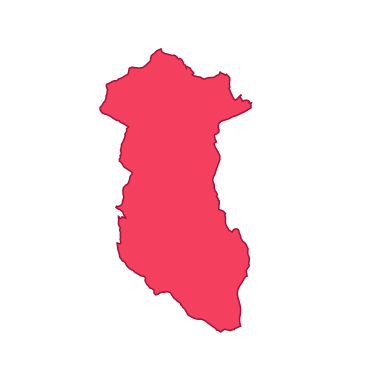 Leordina, Maramures, Romania (Natural Earth projection), rotated 62°
{"feature_id": "2599482B17965531619441", "entity_name": "Leordina", "entity_type": "district", "adm_level": 2, "iso_a3": "ROU", "parent_name": "Romania", "parent_adm1": "Maramures", "projection": "natural_earth1", "projection_center": [24.258, 47.775], "detail": "fine", "context": "isolated", "style": "filled", "palette": "rose", "viewbox_px": 384, "rotation_deg": 62, "n_neighbors": 0, "source": "geoboundaries", "source_scale": "gbopen_adm2", "svg_char_len": 6027}
<svg xmlns="http://www.w3.org/2000/svg" viewBox="0 0 384 384"><g transform="rotate(62 192 192)"><path d="M215.8,286.4L217.2,286.0L219.7,285.9L220.8,285.3L220.9,285.0L223.4,283.9L225.6,284.4L226.2,284.2L228.0,283.9L230.1,283.2L232.1,282.1L233.3,280.8L233.7,280.6L235.4,280.3L236.4,279.9L239.0,278.3L240.2,277.4L241.5,276.9L244.3,273.7L246.1,273.6L247.0,273.9L247.6,274.7L248.1,275.0L249.1,275.2L249.8,275.1L250.4,275.2L252.7,275.2L254.0,274.6L256.2,274.4L257.2,274.1L258.4,272.9L260.2,271.7L261.3,271.8L261.8,272.0L263.3,273.0L265.7,272.4L265.9,271.9L266.1,270.6L266.4,270.2L266.3,269.7L265.9,268.9L266.1,267.2L266.5,265.9L266.6,264.7L266.8,264.4L267.6,263.8L267.6,263.1L267.8,262.2L268.7,260.2L269.9,259.1L271.0,258.3L274.9,258.1L277.4,257.7L279.0,256.9L280.3,256.7L282.6,255.6L284.8,254.4L285.3,254.3L286.0,254.8L287.1,254.7L287.7,254.4L289.9,254.2L292.2,253.3L299.1,253.2L304.1,249.7L306.5,247.3L307.4,246.2L308.0,244.6L309.0,243.0L312.1,240.8L317.0,238.6L323.5,235.3L324.6,235.1L325.3,235.1L326.8,233.5L328.8,232.6L329.1,232.1L328.7,230.8L328.5,228.7L328.6,227.5L332.4,223.0L332.8,220.0L333.2,219.4L332.8,218.6L332.8,217.8L333.2,211.9L332.2,211.8L329.9,211.2L327.7,210.2L325.8,209.2L321.1,205.7L319.3,204.6L316.5,203.3L311.2,201.9L308.2,201.4L305.1,200.5L302.0,199.1L300.0,197.6L297.4,194.3L295.6,190.8L292.1,185.2L292.1,182.8L288.4,181.6L287.0,181.3L286.7,181.0L286.1,179.8L285.7,179.3L284.8,177.3L284.4,176.9L284.0,176.2L283.3,175.7L281.7,175.5L280.4,174.4L278.2,172.9L277.2,172.4L274.9,172.0L273.0,171.9L271.2,170.9L270.6,170.7L268.8,169.3L268.3,169.1L266.7,169.2L264.8,168.9L263.3,168.9L261.3,169.4L259.6,170.3L259.0,170.4L255.6,170.5L254.6,170.2L253.7,169.7L250.8,169.6L247.2,168.7L246.8,168.9L245.8,169.7L245.0,171.0L244.7,172.6L244.9,173.4L246.1,174.9L246.2,175.1L246.2,175.4L243.4,177.0L242.7,177.3L238.2,177.5L236.9,177.4L235.9,177.2L233.6,176.3L230.2,174.4L229.4,174.1L228.1,173.9L227.3,173.4L226.5,172.4L226.1,172.7L225.5,172.9L223.7,173.3L223.0,173.9L222.2,174.4L221.5,175.3L220.7,175.7L220.3,176.4L219.8,176.5L216.4,174.5L215.2,173.5L214.0,172.9L213.4,172.5L212.3,172.1L212.0,172.6L211.9,172.6L211.4,172.5L210.9,172.6L210.5,172.1L210.0,172.1L208.8,172.2L207.7,172.7L207.3,172.0L206.2,171.0L205.0,170.6L203.7,170.6L202.1,170.9L200.3,170.8L199.0,170.5L197.4,169.7L196.4,169.0L192.2,168.5L190.5,167.8L188.7,165.8L186.9,163.4L183.7,160.2L176.7,152.4L174.6,151.2L172.9,150.4L169.3,150.2L165.5,150.4L161.0,150.3L159.3,149.4L159.3,147.1L158.8,146.8L156.7,146.8L155.4,146.6L153.6,146.0L152.4,145.4L152.1,145.0L152.0,144.5L152.2,143.1L152.3,142.5L152.2,142.0L151.9,141.4L151.8,140.3L150.3,139.2L149.6,138.9L147.6,138.6L145.0,137.1L143.9,135.7L143.6,134.2L143.1,133.7L144.6,125.0L144.6,121.0L145.4,116.6L145.8,107.8L145.4,100.3L144.6,100.3L143.3,99.2L142.7,99.2L142.1,98.9L141.6,98.3L141.3,97.6L140.9,97.8L140.9,99.3L140.4,99.6L139.6,99.5L139.1,99.3L138.9,98.9L138.0,99.7L137.7,99.5L136.5,100.8L136.0,102.0L135.8,102.9L135.9,104.4L133.8,104.8L133.7,104.6L130.4,105.1L129.8,103.2L129.2,103.4L130.8,107.9L131.0,108.9L131.3,110.8L129.6,111.2L127.6,111.4L117.8,110.7L117.3,109.5L116.7,109.1L116.2,108.9L115.5,109.0L114.5,108.5L111.1,106.3L108.9,105.1L107.1,105.4L105.1,106.3L104.3,106.3L104.4,107.2L104.2,107.7L103.9,108.1L102.9,108.5L100.9,110.2L100.3,110.5L99.5,110.6L99.3,111.0L100.7,112.7L101.1,113.7L100.7,114.7L101.1,118.9L98.9,123.4L98.2,126.5L98.2,127.7L98.1,128.0L96.8,129.2L96.5,129.8L95.1,130.2L94.3,131.0L92.1,133.9L91.9,133.9L91.3,134.7L90.4,135.6L89.8,136.1L88.4,136.6L88.2,134.9L87.9,134.6L86.4,134.8L84.3,135.5L82.7,135.4L82.1,135.4L81.5,135.6L79.0,137.5L78.8,137.9L78.9,138.2L79.4,138.7L78.0,138.3L76.5,138.6L75.2,139.2L72.4,138.9L70.1,139.0L69.0,139.6L68.3,140.3L68.3,141.2L67.9,141.9L65.3,142.0L63.0,143.3L62.1,145.3L61.5,146.1L59.1,148.5L57.3,150.7L56.5,151.3L55.2,152.1L54.2,152.6L53.6,152.6L51.1,152.2L50.8,156.7L51.5,159.1L51.8,159.4L51.9,160.0L52.1,161.9L52.4,163.4L52.8,164.3L56.6,167.2L57.1,168.0L57.7,171.0L58.6,173.6L58.7,175.2L58.9,175.7L58.9,177.5L58.4,178.6L58.0,179.9L57.2,181.4L55.6,183.6L54.9,185.0L54.1,185.5L53.6,186.7L53.2,189.2L57.8,193.0L58.0,196.7L58.2,198.6L58.2,201.3L57.9,202.5L57.8,204.2L58.4,205.8L58.3,206.8L57.9,207.2L57.4,208.2L56.9,210.7L57.2,212.7L56.9,216.6L57.6,217.6L58.5,218.0L60.9,218.4L62.0,218.5L63.0,219.5L65.7,221.2L66.7,222.7L68.9,223.9L69.5,224.8L71.2,226.5L71.4,227.2L71.5,228.1L73.2,230.6L73.7,231.7L73.8,232.3L73.7,232.7L74.3,233.5L74.8,233.9L75.4,234.3L76.1,234.4L77.0,234.5L79.4,234.3L80.3,233.9L82.2,232.5L83.4,230.9L84.6,230.2L86.1,228.9L87.1,228.2L88.2,227.8L92.7,225.4L93.9,224.2L94.2,223.6L95.1,223.0L96.2,222.8L96.8,222.5L99.1,220.7L100.3,220.0L101.3,219.3L103.4,218.3L104.6,217.3L104.8,217.4L105.0,218.1L105.4,220.1L107.6,221.2L108.2,221.7L108.7,223.0L109.7,224.3L110.9,224.5L112.7,226.2L113.3,226.9L113.8,227.7L115.1,229.0L116.8,231.8L120.0,234.0L121.3,235.4L122.3,235.8L123.5,235.9L125.1,236.7L125.8,237.4L126.1,237.9L126.3,238.6L127.0,238.6L127.5,238.8L128.5,239.9L129.3,241.1L129.9,241.2L130.7,241.6L131.5,241.1L134.1,240.4L137.2,240.4L138.8,239.9L140.3,238.9L142.5,237.9L144.1,236.8L146.0,235.8L147.2,236.1L147.8,236.4L148.2,237.0L148.5,238.1L149.6,239.8L151.1,240.8L152.2,241.9L153.0,242.8L153.4,243.1L154.0,243.7L154.2,244.4L154.8,245.2L154.9,245.7L154.7,246.6L155.9,250.5L158.0,252.1L161.2,253.7L164.5,254.7L169.9,259.5L170.4,261.7L170.1,264.1L169.1,265.3L170.0,266.4L172.0,265.4L173.9,263.8L174.8,263.7L176.7,262.5L177.2,262.5L178.9,262.8L180.8,262.9L183.8,262.6L183.6,262.9L183.5,263.5L182.0,264.5L181.5,265.1L181.2,265.2L181.1,265.9L181.8,266.0L181.9,266.3L181.8,267.0L181.9,267.4L181.6,268.0L179.4,268.1L179.0,268.4L180.8,269.3L181.5,269.4L185.2,271.7L186.5,272.2L190.2,272.2L191.1,273.4L192.6,274.0L193.5,274.0L194.1,274.2L195.7,275.1L196.2,275.5L198.0,276.2L198.7,276.6L199.3,277.2L200.1,277.7L203.2,278.5L203.6,278.9L203.9,279.4L203.9,279.9L203.1,280.6L202.7,281.3L201.8,282.0L202.3,282.5L203.7,282.6L204.6,283.2L205.9,283.5L206.7,283.9L208.7,284.6L212.3,285.2L215.8,286.4Z" fill="#f43f5e" stroke="#9f1239" stroke-width="1.5"/></g></svg>